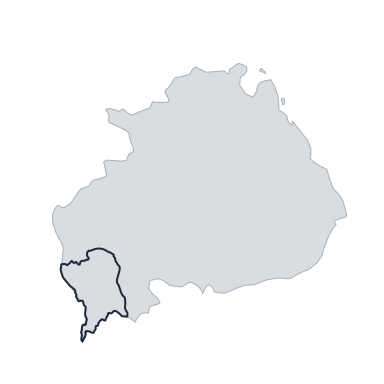 where Rôtânôkiri sits in Cambodia, rotated 167°
{"feature_id": "KHM-1795", "entity_name": "Rôtânôkiri", "entity_type": "Province", "adm_level": 1, "iso_a3": "KHM", "parent_name": "Cambodia", "parent_adm1": "", "projection": "albers", "projection_center": [107.133, 13.934], "detail": "fine", "context": "in_parent", "style": "outline", "palette": "slate", "viewbox_px": 384, "rotation_deg": 167, "n_neighbors": 0, "source": "natural_earth", "source_scale": "10m", "svg_char_len": 5930}
<svg xmlns="http://www.w3.org/2000/svg" viewBox="0 0 384 384"><g transform="rotate(167 192 192)"><path d="M332.3,71.0L333.2,74.2L330.9,80.0L328.5,85.4L323.9,90.1L323.7,93.5L322.1,103.8L322.7,107.0L323.8,109.8L325.3,111.3L329.3,121.4L332.9,130.5L336.6,138.0L337.2,142.7L333.9,154.7L330.1,165.8L330.4,171.3L332.1,176.8L333.9,184.1L334.5,193.5L333.6,199.6L331.8,203.4L328.5,207.3L325.6,209.3L322.1,206.0L319.3,205.9L315.6,206.9L312.6,208.4L306.6,214.1L300.0,219.7L290.8,221.1L287.2,225.2L283.4,225.8L276.1,226.0L271.4,226.9L271.6,229.0L271.2,238.8L271.3,241.1L270.5,241.7L267.2,242.0L261.7,240.4L254.1,238.0L248.8,237.6L246.0,241.8L244.3,243.5L242.3,243.7L240.1,244.5L239.4,246.4L239.2,248.8L240.2,252.9L240.6,259.3L240.3,263.8L242.3,266.6L253.8,276.0L257.2,278.4L257.6,279.8L255.5,284.9L257.3,292.0L253.7,291.9L247.6,288.8L244.7,286.9L241.2,288.4L240.0,288.1L237.7,284.5L234.6,280.9L231.4,280.7L224.7,282.0L217.8,283.0L215.2,283.0L214.1,283.6L210.0,288.9L208.4,288.0L201.4,285.9L195.1,285.1L193.8,286.4L194.5,290.8L195.9,295.1L195.0,296.9L191.5,299.1L186.9,303.1L184.1,306.3L182.1,307.0L175.1,306.8L168.1,307.1L165.3,310.1L162.6,312.4L160.3,313.0L151.3,305.5L133.2,302.7L131.3,299.5L129.6,298.8L127.8,303.0L117.8,306.9L113.7,304.4L110.7,301.4L111.2,297.8L114.1,294.9L119.1,292.8L121.5,285.4L117.9,275.8L114.6,273.0L111.2,270.8L107.4,274.3L104.3,280.3L101.0,283.3L96.5,284.0L89.8,283.6L87.4,274.5L86.7,266.7L87.8,257.9L88.8,252.7L82.6,245.3L82.4,238.4L79.3,234.8L78.4,236.6L78.5,238.6L77.6,237.1L67.9,216.7L66.4,207.3L68.3,200.1L69.3,197.7L66.5,193.9L62.5,189.5L55.5,183.7L55.1,174.7L53.7,164.1L51.7,160.5L48.5,154.0L46.8,148.5L46.5,134.3L47.5,133.2L52.5,132.8L59.1,131.9L60.1,129.7L59.0,127.7L63.2,124.6L69.3,117.6L74.1,110.3L77.5,105.7L79.5,101.1L86.3,94.7L95.6,90.3L101.9,89.4L108.4,87.9L114.7,85.8L117.7,85.7L125.4,88.4L129.6,89.2L134.0,89.2L138.5,89.5L142.5,89.3L152.0,87.6L162.1,89.2L171.1,88.1L182.2,86.1L187.7,87.5L192.7,89.7L193.3,94.0L194.5,96.0L196.1,97.6L198.3,97.6L201.2,94.6L203.6,91.5L204.4,90.9L204.5,92.4L205.6,95.8L207.7,99.2L209.8,101.4L213.4,104.4L215.7,104.5L223.4,101.8L234.8,105.9L236.1,107.9L239.8,112.1L243.8,115.0L252.7,115.3L255.9,108.0L254.4,103.6L249.3,95.9L248.0,91.4L249.6,90.6L258.2,89.8L259.6,88.9L261.5,83.9L263.8,84.5L268.6,85.1L273.6,81.7L276.6,78.2L278.2,79.8L280.0,82.3L282.0,83.8L285.6,85.9L289.6,89.0L292.0,92.0L294.0,93.1L299.2,92.3L300.5,92.4L303.5,88.8L305.6,86.9L307.3,87.4L309.9,87.4L315.2,82.8L318.3,78.6L319.9,77.4L324.7,79.5L326.6,79.1L329.4,73.3L332.3,71.0ZM84.2,262.5L83.2,263.0L82.3,263.0L81.3,262.2L81.5,258.9L82.2,256.9L83.9,256.6L84.2,262.5ZM98.8,294.8L96.8,296.9L93.6,292.4L93.7,291.1L98.8,294.8Z" fill="#d9dde1" stroke="#a8b0b8" stroke-width="1"/><path d="M332.4,71.1L333.1,72.6L332.8,74.0L331.5,76.9L331.4,77.7L331.6,79.4L331.6,80.3L331.3,81.0L330.5,82.1L330.3,82.9L330.2,83.3L330.0,84.0L329.4,85.5L328.9,86.4L328.2,87.0L327.1,87.2L326.8,87.1L326.6,86.7L326.3,86.4L325.5,86.7L325.1,87.1L324.9,87.5L324.9,88.0L324.7,88.6L323.6,90.5L323.2,91.6L323.1,92.7L323.2,93.2L323.7,94.3L323.9,94.9L323.8,95.4L323.6,97.4L321.7,102.8L321.5,104.2L321.7,104.8L322.2,105.4L322.8,106.3L322.9,107.4L322.8,108.6L322.7,109.8L323.4,110.8L324.3,111.1L326.4,110.9L327.2,111.3L327.5,111.8L327.6,112.4L327.5,112.9L327.6,113.4L328.3,115.1L328.4,115.4L328.5,116.1L328.3,116.7L328.0,117.3L327.8,118.3L328.4,120.0L328.3,120.5L328.0,121.7L328.0,122.3L328.2,123.2L329.3,124.4L329.8,125.3L329.9,125.5L331.2,126.9L332.2,128.3L336.7,137.2L337.1,139.3L337.5,144.8L337.3,146.6L335.5,150.9L335.0,151.0L334.6,150.9L333.0,150.7L332.7,150.6L331.9,150.3L331.7,150.3L331.6,150.2L331.4,149.9L331.2,149.7L330.7,149.5L330.2,148.9L329.9,148.8L329.7,148.8L329.4,149.1L329.2,149.3L328.4,149.6L328.0,149.8L327.3,150.0L327.2,150.1L326.8,150.4L326.5,150.7L326.1,151.1L325.9,151.3L324.8,151.8L324.3,151.4L324.3,151.1L324.0,150.8L323.5,149.8L323.2,149.5L321.9,149.5L321.3,149.6L320.8,149.9L320.2,149.2L319.4,147.4L318.9,146.8L317.9,146.6L317.4,147.1L317.1,147.9L316.6,148.8L315.0,149.7L311.7,149.2L309.8,149.9L309.4,149.5L308.7,149.4L308.4,149.5L307.7,150.3L307.5,150.6L307.5,150.8L307.5,151.0L307.6,151.4L307.8,151.7L308.0,152.0L308.2,152.4L308.3,152.5L308.5,153.4L308.5,153.7L308.6,153.9L308.5,154.2L308.5,154.4L308.4,154.6L308.2,154.9L308.1,155.1L308.0,156.2L307.9,156.4L307.8,156.6L307.5,156.8L306.4,157.8L306.0,158.0L305.7,158.1L305.3,157.9L305.2,157.8L305.1,157.7L304.9,157.6L304.0,157.6L302.7,157.9L302.3,157.9L302.1,157.9L301.4,157.9L299.8,158.2L298.9,158.2L296.6,158.1L295.7,158.0L292.1,156.7L289.5,154.9L287.6,152.9L285.4,151.5L285.1,151.2L282.4,148.5L282.8,147.6L282.8,146.9L282.8,146.6L282.7,146.4L282.6,146.2L282.2,145.6L281.9,145.2L281.9,144.6L282.0,142.5L282.0,141.9L281.9,141.3L281.3,140.4L280.9,138.3L280.0,136.8L279.8,136.4L279.6,136.1L279.4,135.7L279.5,134.3L279.8,132.8L285.1,123.0L285.2,122.6L285.1,121.3L285.5,120.7L285.3,120.0L284.4,117.2L283.6,109.4L282.9,106.8L282.5,106.3L282.1,105.8L281.7,105.3L281.4,104.6L281.3,103.9L281.3,103.2L281.9,98.9L282.1,98.5L282.4,97.6L282.5,96.9L283.1,95.3L283.3,94.1L283.3,93.0L283.2,92.1L282.9,91.3L282.7,90.3L282.2,89.1L282.2,88.5L282.3,87.9L283.0,85.5L283.1,85.2L283.9,85.4L287.9,86.6L288.1,86.8L288.5,87.3L288.8,87.6L289.2,88.5L291.1,91.2L292.6,92.7L293.3,93.2L294.1,93.5L294.9,93.6L297.0,92.4L297.3,92.1L297.6,91.9L298.2,91.9L298.7,92.1L299.7,92.7L300.3,92.8L301.0,92.6L301.2,92.3L301.2,92.0L301.8,90.5L302.5,90.4L303.8,88.6L305.4,86.6L305.4,86.3L305.6,86.3L306.3,86.6L307.2,87.3L307.6,88.0L308.2,88.3L309.4,87.9L311.1,86.8L312.6,85.4L313.1,84.5L313.4,83.5L313.8,82.9L314.6,82.9L315.5,83.0L316.0,82.8L316.5,81.6L316.6,80.5L316.7,80.1L316.9,79.8L317.6,79.4L317.9,79.2L318.8,77.8L319.6,77.1L320.7,77.1L322.1,78.2L323.2,79.2L323.7,79.4L324.7,79.6L326.0,80.2L326.6,80.2L327.3,79.6L327.5,79.2L327.5,78.7L327.4,78.2L327.5,77.8L327.6,77.3L328.0,76.8L328.2,76.4L328.6,75.2L329.0,74.8L329.9,74.4L331.7,71.7L332.4,71.1Z" fill="none" stroke="#1e293b" stroke-width="2"/></g></svg>